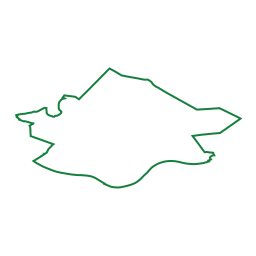 the district of Wijk bij Duurstede, Utrecht, Netherlands
{"feature_id": "6326949B81496240199161", "entity_name": "Wijk bij Duurstede", "entity_type": "district", "adm_level": 2, "iso_a3": "NLD", "parent_name": "Netherlands", "parent_adm1": "Utrecht", "projection": "robinson", "projection_center": [5.33, 51.991], "detail": "fine", "context": "isolated", "style": "outline", "palette": "green", "viewbox_px": 256, "rotation_deg": 0, "n_neighbors": 0, "source": "geoboundaries", "source_scale": "gbopen_adm2", "svg_char_len": 5459}
<svg xmlns="http://www.w3.org/2000/svg" viewBox="0 0 256 256"><path d="M209.0,161.4L208.7,160.9L208.4,160.5L209.3,160.2L210.8,159.6L211.0,159.5L211.1,159.4L210.9,159.2L210.5,159.0L210.3,158.8L210.1,158.4L210.0,158.2L210.0,157.9L210.0,157.7L210.1,157.4L210.2,157.2L210.3,157.0L210.5,156.8L210.7,156.6L211.1,156.3L211.6,156.0L212.2,155.7L212.6,155.5L213.2,155.4L213.6,155.3L214.2,155.3L213.2,153.4L213.2,152.8L211.7,152.6L211.3,152.5L210.8,152.5L209.7,152.5L209.3,152.4L208.3,152.2L207.7,152.1L206.9,152.0L206.6,152.0L206.0,152.1L204.6,152.2L198.5,143.9L192.6,136.0L194.5,135.7L197.5,135.3L199.6,135.0L201.7,134.7L204.1,134.5L212.0,133.7L216.4,133.3L218.9,133.1L219.8,133.0L220.0,133.0L221.4,132.0L222.1,131.5L222.9,130.9L225.1,129.5L227.8,127.5L229.5,126.4L230.7,125.5L231.9,124.7L233.4,123.6L234.0,123.2L234.5,122.8L236.0,121.7L236.8,121.2L237.3,120.9L238.7,119.9L239.7,119.1L240.2,118.9L240.6,118.5L237.8,117.1L237.4,116.9L234.7,115.6L230.8,113.7L229.1,112.8L228.8,112.7L225.1,110.9L223.8,110.3L223.0,109.9L220.3,108.6L219.8,108.4L219.5,108.3L219.3,108.3L219.2,108.2L219.1,108.3L218.8,108.3L218.6,108.3L214.7,108.5L207.7,109.0L204.7,109.2L203.9,109.2L197.3,109.6L197.0,109.6L196.9,109.6L196.6,109.5L195.5,108.8L192.8,107.3L191.1,106.4L189.7,105.6L187.0,104.1L185.4,103.2L184.8,102.9L184.5,102.7L183.4,102.1L183.1,101.9L182.7,101.7L182.1,101.4L179.9,100.2L176.3,98.1L175.3,97.6L172.7,96.1L171.2,95.3L167.8,93.4L166.2,92.5L164.9,91.7L163.8,91.2L163.4,90.9L163.0,90.7L162.8,90.5L162.3,90.2L161.9,89.9L160.0,88.8L159.0,88.2L158.7,87.9L156.5,86.9L155.9,86.6L155.3,86.2L154.2,85.4L153.9,85.1L153.6,84.9L153.3,84.6L153.0,84.3L152.3,83.4L152.0,82.9L151.4,82.0L151.1,81.7L150.9,81.6L150.4,81.3L149.7,80.8L148.9,80.2L148.2,79.8L148.0,79.7L147.8,79.7L147.5,79.7L146.7,79.7L144.5,79.7L143.9,79.6L143.5,79.5L141.8,79.2L137.8,78.4L131.5,77.3L130.3,77.1L129.9,77.0L129.1,76.9L125.5,76.2L122.2,75.5L121.9,75.5L121.7,75.4L121.2,75.2L120.3,74.6L120.0,74.5L119.7,74.3L118.5,73.5L117.4,72.9L114.9,71.4L112.1,69.9L109.6,68.5L109.2,68.8L106.4,71.7L105.5,72.6L101.8,76.3L100.7,77.5L100.2,77.9L98.9,79.3L96.8,81.4L93.7,84.5L90.2,88.1L86.9,91.4L84.8,93.5L84.4,93.9L82.5,95.7L79.7,98.6L79.0,99.3L77.9,98.5L77.5,98.3L75.4,96.9L75.2,96.8L74.8,96.7L72.1,96.4L71.5,96.3L64.3,95.4L63.0,97.2L62.7,97.6L63.2,97.8L63.7,98.0L64.1,98.1L64.6,98.4L63.7,98.6L63.2,98.7L62.4,99.0L62.2,99.1L61.8,99.3L61.6,99.5L61.4,99.7L60.9,100.1L60.5,100.5L60.3,100.8L59.8,101.4L59.5,101.7L59.3,102.3L59.0,102.8L59.0,103.0L58.8,103.6L58.7,104.4L58.7,105.2L58.7,107.0L58.7,107.3L58.9,108.6L58.9,109.0L59.2,109.5L59.3,109.7L59.5,110.0L59.9,110.4L60.4,110.7L60.6,110.9L61.2,111.4L61.3,111.5L61.3,111.8L61.3,112.4L61.2,112.7L61.2,112.8L61.1,113.0L60.6,113.4L60.2,113.7L59.9,114.1L59.6,114.3L59.2,114.6L57.3,115.6L57.1,115.7L56.9,115.8L55.4,115.8L55.1,115.9L54.9,116.0L54.7,116.3L54.6,116.5L54.3,116.7L54.2,116.8L53.4,116.7L53.1,116.7L52.8,116.6L52.5,116.6L52.4,116.5L52.1,116.2L51.9,116.1L51.2,116.0L50.4,115.8L49.6,115.5L49.0,115.2L47.9,114.6L47.6,114.3L47.3,114.0L46.8,113.1L46.6,112.6L46.6,112.3L46.6,112.0L46.6,111.3L46.4,109.4L46.3,109.1L46.3,108.7L46.3,108.4L46.4,108.1L44.5,107.8L39.7,110.3L38.6,111.0L37.8,111.4L36.3,111.7L35.9,111.8L35.5,111.8L34.4,111.7L34.1,111.7L33.6,111.7L33.4,111.8L32.2,112.3L31.6,112.5L29.7,112.8L27.1,113.2L26.6,113.4L25.8,113.6L25.1,113.7L22.7,113.9L22.0,114.1L21.1,114.1L19.6,114.3L19.1,114.4L18.3,114.6L17.2,114.9L15.4,115.3L17.5,115.8L16.8,117.2L18.5,118.3L18.6,118.5L19.6,119.2L19.3,119.7L22.2,120.8L23.9,121.4L24.0,121.3L24.3,121.2L24.5,121.3L25.8,121.4L26.7,121.7L27.6,121.9L28.1,122.0L29.5,122.5L33.2,123.4L33.4,123.4L33.4,123.5L33.2,123.7L32.8,123.9L29.6,125.7L29.9,126.5L30.2,127.3L30.3,128.4L30.3,128.8L30.5,130.6L30.4,130.7L30.4,131.5L30.6,134.1L30.7,136.1L39.9,139.4L48.6,142.5L53.3,144.2L53.0,144.4L52.4,145.1L51.7,145.8L51.4,146.0L50.5,147.1L49.1,148.4L48.9,148.6L48.7,148.8L48.6,149.0L48.3,149.3L48.1,149.9L47.7,150.7L47.1,151.8L47.0,152.1L46.9,152.4L46.7,152.5L46.2,153.0L44.8,153.8L44.7,153.8L44.8,153.9L43.6,154.7L42.0,155.6L41.8,155.9L41.7,155.8L40.4,156.8L39.3,157.5L38.2,158.1L37.9,158.3L37.7,158.5L36.3,159.3L35.6,159.8L33.5,161.0L35.1,162.2L36.4,163.0L37.9,163.8L39.5,164.7L41.1,165.6L42.7,166.4L44.3,167.1L46.0,167.8L48.2,168.7L50.0,169.4L51.8,170.1L54.5,171.1L56.2,171.6L58.0,172.1L59.9,172.5L61.6,172.8L65.6,173.5L67.8,173.9L71.0,174.4L72.8,174.6L74.6,174.8L76.5,175.0L78.5,175.1L82.3,175.2L84.2,175.4L86.1,175.5L88.3,175.8L89.8,176.1L91.6,176.5L93.3,177.1L94.9,177.8L96.4,178.6L98.0,179.6L99.3,180.4L101.0,181.4L102.7,182.5L104.8,183.7L104.5,184.0L109.8,186.3L112.1,187.0L114.3,187.3L118.6,187.5L121.0,187.2L126.0,186.1L128.3,185.5L130.7,184.8L131.8,184.4L133.1,183.9L133.6,183.7L135.5,182.8L136.3,182.3L137.7,181.4L138.2,181.0L139.3,180.1L140.1,179.5L141.9,177.7L143.2,176.3L144.1,175.4L147.2,172.6L149.3,170.2L151.0,168.3L151.4,168.0L151.8,167.5L153.3,166.4L154.1,165.9L155.3,165.2L155.9,164.8L156.8,164.3L157.9,163.8L158.6,163.4L159.4,163.2L160.9,162.6L162.2,162.2L163.0,162.0L164.1,161.7L165.6,161.4L167.0,161.2L168.6,161.1L169.7,161.0L171.0,161.0L172.6,161.0L173.2,161.1L174.1,161.1L174.6,161.2L175.5,161.3L176.7,161.5L177.3,161.6L178.8,161.9L182.2,162.7L184.1,163.1L185.0,163.3L186.9,163.6L188.9,163.8L189.9,163.9L191.9,164.0L193.0,164.1L194.4,164.1L196.1,164.0L197.0,163.9L197.7,163.9L199.0,163.7L199.9,163.6L201.7,163.3L202.5,163.2L203.9,162.9L205.8,162.4L206.5,162.2L207.6,161.8L209.0,161.4Z" fill="none" stroke="#15803d" stroke-width="2"/></svg>